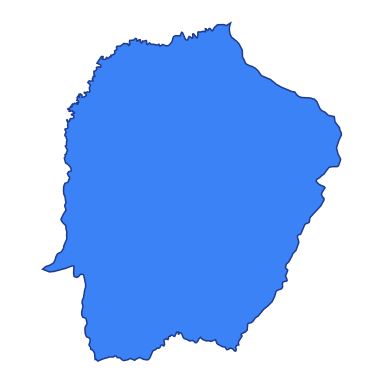 outline of San Pablo De Borbur, Boyacá, Colombia
{"feature_id": "7082276B11762089183397", "entity_name": "San Pablo De Borbur", "entity_type": "district", "adm_level": 2, "iso_a3": "COL", "parent_name": "Colombia", "parent_adm1": "Boyacá", "projection": "mercator", "projection_center": [-74.122, 5.678], "detail": "fine", "context": "isolated", "style": "filled", "palette": "blue", "viewbox_px": 384, "rotation_deg": 0, "n_neighbors": 0, "source": "geoboundaries", "source_scale": "gbopen_adm2", "svg_char_len": 5761}
<svg xmlns="http://www.w3.org/2000/svg" viewBox="0 0 384 384"><path d="M296.0,250.3L298.7,242.8L298.7,241.5L297.5,237.4L297.5,235.8L298.3,234.9L300.4,234.4L300.9,233.7L304.7,224.8L305.6,223.9L308.8,222.6L309.3,222.1L309.8,218.3L310.4,217.1L320.8,205.9L324.0,200.0L324.0,198.4L322.6,196.9L321.4,194.7L322.2,192.2L325.0,187.7L324.4,186.8L319.2,184.5L316.3,181.5L316.3,180.3L317.1,179.1L319.5,177.8L321.7,175.6L324.0,174.0L328.9,167.4L332.0,166.7L337.4,166.6L338.1,166.1L338.5,165.7L340.4,160.5L340.6,159.0L337.8,153.5L336.5,147.7L339.1,139.8L341.4,135.1L341.3,132.9L339.8,130.0L339.5,127.7L335.0,121.9L334.3,116.6L328.2,115.3L325.2,112.3L321.7,110.6L319.9,108.6L316.8,101.6L314.3,99.1L309.7,97.9L301.7,97.5L298.9,96.6L296.6,94.6L294.7,91.9L292.1,91.6L281.2,87.1L276.1,84.2L270.5,79.5L261.5,75.7L258.1,70.9L255.4,68.3L252.2,66.5L249.3,65.6L246.3,64.0L245.1,62.6L244.4,60.4L242.5,56.9L242.3,50.2L239.2,44.2L236.9,41.5L231.5,37.1L230.0,34.0L229.3,29.5L229.5,26.5L230.6,23.0L226.2,25.6L223.9,24.6L217.5,24.7L214.4,27.5L212.4,30.9L211.9,30.8L210.3,28.7L209.8,28.5L209.1,28.5L208.1,30.3L207.3,30.6L206.3,28.9L205.4,28.7L205.2,31.8L203.0,31.3L200.1,32.1L198.6,31.8L197.8,32.3L197.9,35.3L197.2,37.8L196.8,37.9L196.1,37.3L194.8,35.2L193.5,33.9L193.0,33.8L192.7,34.2L192.8,37.8L191.8,38.1L190.1,36.7L189.0,36.6L187.4,40.1L186.6,40.1L185.5,39.4L182.5,32.6L181.6,32.3L180.1,35.8L175.4,35.7L173.8,36.5L173.1,37.5L172.2,41.1L171.1,42.9L168.8,45.4L167.6,45.7L165.9,45.8L163.1,44.6L162.3,44.6L160.4,46.1L159.7,45.9L158.9,44.2L157.2,45.2L153.8,44.3L151.2,44.3L149.5,42.9L147.6,44.6L146.8,44.1L146.6,41.2L146.4,40.6L145.8,40.5L143.9,41.2L142.5,41.0L141.9,42.8L141.4,43.1L140.0,41.2L140.4,40.1L140.1,39.7L139.0,39.8L137.6,41.1L136.9,41.1L136.5,38.7L135.5,38.4L133.6,40.1L129.7,40.4L129.4,41.8L130.0,43.6L129.9,44.4L128.7,45.6L128.3,45.4L128.1,43.9L124.0,43.4L120.3,46.1L117.1,46.2L116.4,47.3L116.9,49.5L114.6,50.9L114.9,52.9L114.6,53.6L113.3,54.6L111.0,55.2L110.7,55.7L110.9,56.8L109.7,56.8L108.7,58.2L108.1,58.4L106.9,57.4L106.4,57.4L105.8,59.2L105.5,59.4L102.2,59.2L102.1,58.9L103.0,57.7L103.1,56.6L101.8,56.4L101.3,56.6L96.9,63.2L100.1,64.6L100.9,65.4L100.9,66.9L100.5,67.3L98.9,66.8L96.8,67.2L96.3,67.8L96.9,69.1L95.5,70.7L93.9,71.3L93.9,74.2L95.0,76.2L94.7,76.6L93.6,76.2L93.1,76.5L93.3,77.7L92.3,78.5L92.3,79.0L93.0,80.1L93.0,80.9L90.1,81.1L89.2,80.8L87.8,82.4L90.5,85.2L89.4,87.5L89.4,89.0L90.0,90.9L89.7,91.6L88.9,92.1L87.1,91.9L86.0,92.6L84.4,92.3L84.2,92.9L86.4,94.6L86.3,95.6L84.1,96.9L82.6,97.3L82.1,97.1L82.0,95.1L80.9,94.9L80.6,93.9L79.1,94.2L78.8,94.6L79.4,97.2L78.6,96.8L78.2,96.0L77.1,97.4L77.3,98.8L76.8,100.4L78.3,100.9L78.6,102.3L77.0,102.7L77.9,103.8L77.6,104.3L74.5,103.2L73.3,104.4L72.5,104.0L71.8,105.0L72.1,106.6L71.8,107.0L70.6,106.4L70.0,107.9L67.7,108.9L67.9,109.4L69.8,109.7L70.0,110.1L69.0,111.1L69.5,111.4L72.4,110.8L72.7,111.8L74.6,112.4L74.4,113.0L73.6,113.6L71.5,114.3L71.5,114.9L73.2,115.4L73.8,116.1L73.7,117.8L72.5,118.5L70.5,118.6L69.9,119.2L69.7,120.8L69.2,121.4L68.2,121.3L67.3,119.8L66.7,120.0L67.3,121.8L67.9,122.4L68.0,123.7L67.5,125.0L68.0,127.1L67.5,128.3L64.9,129.2L66.2,132.6L65.1,133.9L64.9,135.6L65.3,136.2L65.9,136.3L66.3,138.4L67.1,139.7L66.5,141.9L66.4,145.4L65.3,146.0L67.5,150.3L66.3,152.9L66.3,154.1L65.0,154.6L65.4,156.3L64.3,158.0L65.6,163.0L67.9,164.3L70.7,167.6L71.3,170.1L71.0,171.1L68.8,171.6L67.4,173.5L68.5,176.1L69.5,176.9L69.6,179.1L68.7,179.4L68.4,181.5L67.5,182.4L64.9,183.4L63.7,186.4L63.5,191.6L63.9,194.3L65.0,196.8L65.9,202.9L64.7,205.2L64.8,206.4L66.1,209.9L63.3,214.3L61.0,219.2L61.0,219.9L62.6,222.4L66.0,225.9L65.8,227.4L66.9,232.7L66.6,234.4L66.8,238.9L63.8,245.9L63.5,248.4L61.2,252.1L57.9,253.5L57.0,254.6L55.9,256.9L55.2,259.7L53.7,262.7L50.3,265.0L45.7,266.6L42.6,269.2L49.4,271.9L53.8,271.5L65.4,268.4L72.1,265.9L73.4,265.8L73.9,266.4L73.6,273.1L74.1,276.5L76.7,277.4L78.2,276.7L80.5,274.4L81.6,274.3L83.0,274.4L83.8,275.6L85.6,284.2L85.6,287.1L84.7,289.9L83.5,297.6L82.4,300.0L82.0,302.9L83.0,306.1L81.7,312.0L81.7,314.5L82.7,317.1L85.6,318.2L86.0,318.7L87.1,323.6L85.2,327.0L84.9,328.8L85.2,333.4L86.5,336.8L89.3,338.0L90.0,339.1L90.2,340.8L89.0,344.8L89.2,345.5L90.5,347.2L90.8,349.4L92.6,350.0L94.5,353.1L95.1,359.5L96.0,359.1L97.6,361.0L98.3,360.9L102.2,359.2L106.5,357.8L107.5,357.8L108.8,357.0L113.5,357.0L114.9,355.8L116.4,356.3L117.2,357.6L119.9,357.8L122.1,359.9L124.1,360.6L128.2,359.6L130.2,358.4L134.7,360.3L136.2,359.1L139.7,357.4L143.6,359.4L147.4,359.9L148.5,359.5L150.0,357.6L152.8,350.9L155.8,349.5L156.7,348.2L158.8,348.2L159.5,347.8L160.0,347.4L160.4,346.1L161.7,344.9L162.2,344.8L163.6,346.0L164.0,345.9L164.6,344.2L163.9,340.4L164.4,339.7L166.6,338.6L166.9,339.2L167.9,339.6L168.5,338.5L168.6,336.6L170.3,336.2L171.0,335.2L172.3,335.2L173.9,336.3L174.7,336.4L176.4,332.8L177.0,332.1L177.9,332.0L178.2,332.2L178.3,334.1L178.8,334.2L179.6,332.7L180.8,332.8L181.9,334.1L183.2,337.4L184.1,338.5L187.7,339.8L189.5,341.0L192.2,340.5L193.9,341.2L195.2,342.7L196.6,342.6L198.1,340.7L198.7,339.2L200.4,337.3L202.8,339.6L206.3,340.9L209.1,340.7L210.3,341.3L211.3,341.3L215.5,339.7L216.9,343.4L217.6,344.1L222.4,346.7L224.9,347.0L226.7,349.6L228.0,349.6L230.0,348.2L231.5,348.3L233.2,349.4L234.4,350.8L235.5,351.2L236.0,350.7L236.2,349.2L235.6,347.2L236.8,345.4L238.8,344.9L238.4,342.9L238.6,341.5L242.1,336.0L241.1,334.9L241.1,334.4L242.2,333.4L245.4,332.0L247.2,330.0L247.7,324.1L248.1,323.4L250.9,322.8L252.7,321.7L255.3,317.9L258.2,316.0L263.8,309.2L267.7,306.1L272.1,301.7L274.7,296.3L276.0,291.5L277.3,290.3L280.9,289.1L281.9,288.4L282.6,287.1L282.4,283.3L282.9,282.1L284.3,281.5L286.1,281.3L287.1,280.6L286.8,278.8L285.5,276.1L287.7,270.5L287.6,269.9L285.5,267.8L286.3,264.1L288.8,261.8L291.7,256.5L292.7,253.8L296.0,250.3Z" fill="#3b82f6" stroke="#1e3a8a" stroke-width="1.5"/></svg>